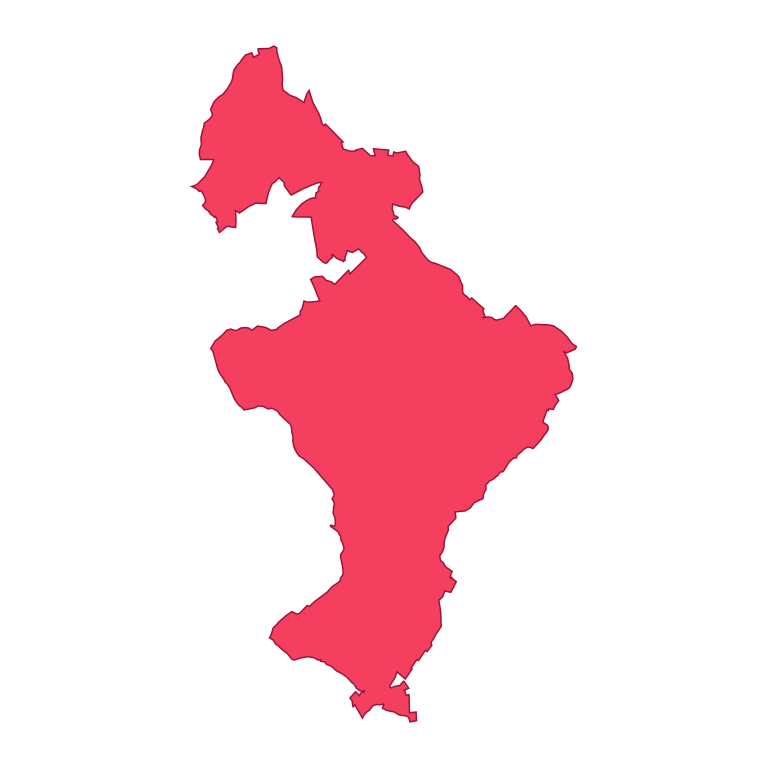 Band, Mures, Romania (orthographic projection)
{"feature_id": "2599482B93792228278876", "entity_name": "Band", "entity_type": "district", "adm_level": 2, "iso_a3": "ROU", "parent_name": "Romania", "parent_adm1": "Mures", "projection": "orthographic", "projection_center": [24.34, 46.58], "detail": "fine", "context": "isolated", "style": "filled", "palette": "rose", "viewbox_px": 768, "rotation_deg": 0, "n_neighbors": 0, "source": "geoboundaries", "source_scale": "gbopen_adm2", "svg_char_len": 6101}
<svg xmlns="http://www.w3.org/2000/svg" viewBox="0 0 768 768"><path d="M416.1,712.0L409.5,712.8L409.0,694.7L405.9,695.1L404.9,691.2L404.2,690.2L408.7,688.3L404.5,681.9L403.8,681.2L403.0,681.7L399.9,685.5L395.4,686.2L391.6,687.9L389.9,686.9L389.8,685.8L394.8,678.0L397.1,671.9L405.3,679.0L412.1,669.0L411.1,668.0L416.7,659.8L418.6,660.5L425.4,650.2L427.0,651.6L431.8,645.4L430.9,642.6L433.6,638.7L435.9,634.3L441.2,626.5L440.6,611.1L438.8,599.9L439.8,599.4L442.6,596.8L444.7,591.0L450.9,592.3L456.3,581.7L453.1,579.1L451.2,578.2L451.9,577.7L451.6,577.3L450.2,577.2L451.0,573.8L452.2,571.5L446.2,567.3L444.8,565.6L443.4,562.7L440.8,560.8L439.6,556.2L442.3,552.0L443.9,548.0L444.2,542.6L445.1,538.0L448.5,529.8L448.0,526.5L455.9,518.0L455.1,511.9L465.2,510.9L470.0,508.1L473.7,503.3L474.9,502.4L480.1,499.8L482.8,498.9L483.9,492.9L485.9,489.7L486.0,486.9L485.6,485.1L489.8,480.7L492.4,479.7L497.7,475.4L500.5,471.9L502.8,471.8L503.8,470.7L508.9,462.3L513.3,458.2L516.4,457.8L516.9,455.8L517.6,454.7L521.6,451.6L523.2,449.7L527.4,447.1L530.3,447.2L532.8,448.6L534.1,447.5L541.0,439.9L544.0,435.4L546.8,432.0L548.0,429.8L548.3,427.1L547.2,425.1L542.8,422.0L547.1,409.7L548.4,410.5L548.8,408.7L553.3,409.5L555.4,405.0L558.8,400.5L555.2,394.7L561.9,392.0L566.4,389.5L566.6,389.8L569.2,388.1L570.9,385.2L572.9,378.9L572.3,373.4L569.2,368.9L568.8,367.1L569.4,366.8L567.7,358.7L564.1,351.8L566.8,352.9L575.4,349.0L576.4,346.6L571.7,343.3L567.2,337.0L561.2,331.0L553.4,325.8L548.4,324.9L535.8,324.3L530.7,325.7L526.2,317.1L520.8,310.6L515.7,305.6L503.5,318.4L496.5,320.1L494.3,319.4L491.8,317.5L487.7,316.9L483.2,317.8L483.0,317.6L485.1,316.6L482.8,310.8L483.9,308.8L471.7,298.0L469.7,299.7L467.0,296.7L463.6,294.1L462.6,291.7L462.5,284.8L461.5,283.6L459.3,277.8L458.1,275.8L450.4,269.4L434.9,263.2L431.2,262.4L427.3,259.4L421.5,252.2L419.5,247.5L414.7,241.5L410.1,237.6L403.4,230.4L392.6,220.5L393.4,219.2L394.2,218.6L395.4,219.2L397.0,218.6L398.1,217.6L396.5,216.3L394.3,215.8L392.2,208.7L392.8,204.0L399.1,206.2L405.1,207.1L409.3,209.0L410.3,206.0L412.1,203.1L422.8,192.0L421.8,186.7L419.8,180.5L419.5,177.3L420.0,175.5L418.8,167.2L418.3,166.1L412.9,161.9L407.5,154.6L405.7,151.2L397.0,153.0L393.7,152.0L392.8,156.4L387.7,155.0L388.8,150.1L373.4,148.8L375.2,155.6L370.7,155.9L362.5,148.4L355.9,150.0L355.8,150.8L351.7,151.3L349.8,151.1L343.6,149.1L343.1,148.7L341.4,142.9L343.1,142.0L325.5,124.1L323.7,125.5L322.0,123.7L321.0,119.4L318.8,113.5L312.7,102.1L309.1,90.4L306.5,94.6L304.0,102.6L296.1,97.6L289.8,95.2L282.9,90.0L282.2,83.6L282.6,78.9L281.8,68.3L281.3,65.6L279.3,60.8L277.3,53.4L276.8,50.3L276.8,47.8L273.8,46.1L269.0,48.5L258.1,48.8L258.0,50.5L259.5,54.1L253.5,57.4L251.9,52.8L245.5,55.0L241.5,59.9L240.4,61.9L238.0,64.2L234.6,68.8L233.5,71.6L232.5,78.3L231.6,81.5L227.5,88.7L223.2,94.0L218.4,97.3L214.2,101.6L210.6,109.3L212.4,114.5L212.2,115.7L209.6,119.1L204.3,123.2L203.6,127.4L202.3,131.4L200.9,137.9L201.4,144.5L199.4,150.4L199.3,154.5L200.5,159.5L213.8,159.6L211.5,165.2L204.7,176.8L196.6,184.8L191.6,186.5L197.8,189.5L197.8,190.2L199.6,191.4L200.6,190.5L201.3,191.0L203.9,195.2L205.0,198.0L205.6,200.6L204.8,202.9L202.6,205.4L205.6,209.1L209.3,211.5L209.0,211.8L211.1,214.8L211.8,214.5L214.3,217.3L215.6,216.5L217.6,221.5L216.0,222.2L218.6,228.1L217.5,228.6L219.5,232.5L226.9,226.3L235.6,227.5L236.0,220.6L235.5,210.7L239.2,212.8L239.1,212.2L239.5,212.0L240.0,212.6L248.5,206.7L255.7,203.1L265.9,203.6L268.6,192.0L270.5,187.3L272.4,183.4L274.7,182.2L278.9,177.7L284.6,182.9L284.3,183.4L284.1,185.3L291.1,195.1L302.7,189.0L309.8,185.9L317.2,182.9L321.5,182.5L320.1,185.9L319.1,186.5L318.3,189.7L318.5,191.5L316.0,192.9L315.4,198.0L313.4,197.8L310.2,198.7L306.4,200.7L301.5,204.1L296.2,210.0L292.2,216.4L292.3,216.8L311.4,217.1L311.3,218.4L315.1,241.9L315.7,243.7L316.9,251.1L317.2,256.8L323.4,262.4L325.9,263.3L327.4,262.5L329.0,260.3L332.6,257.0L331.5,255.7L332.5,254.4L336.1,257.9L340.4,260.1L341.3,260.1L343.5,261.6L343.9,260.3L345.1,260.4L344.9,257.9L347.3,250.7L352.3,252.5L358.6,248.9L362.3,252.6L363.4,253.2L366.5,257.5L350.1,273.8L348.6,270.3L348.2,270.5L334.7,284.4L331.4,281.9L325.9,280.2L322.9,276.7L322.0,276.3L314.3,277.0L310.6,279.4L313.2,284.8L319.8,301.0L307.9,302.3L304.0,301.0L302.2,308.4L300.1,311.7L300.4,314.8L285.4,322.8L278.4,327.5L276.2,329.6L271.3,330.4L265.7,327.5L257.6,326.0L251.6,330.3L249.1,328.2L245.6,327.5L240.5,328.1L236.8,330.5L233.5,330.1L230.8,329.1L227.0,330.0L222.1,335.2L215.0,341.2L210.7,348.6L212.9,351.3L217.8,369.2L219.1,372.3L223.2,378.3L225.2,382.0L226.8,383.5L229.7,387.7L234.5,399.2L238.1,404.3L240.0,406.2L241.0,406.6L244.1,410.0L255.2,407.7L257.7,406.1L259.1,405.9L264.0,406.7L268.0,409.0L271.9,408.2L277.6,411.1L279.9,414.7L290.3,424.3L291.4,427.0L291.8,432.4L293.1,436.8L292.8,440.4L293.5,445.1L294.9,449.4L297.6,453.9L299.3,456.0L304.0,459.0L313.7,467.9L332.5,489.6L334.2,494.2L334.2,495.1L332.1,499.0L333.5,501.1L334.4,504.1L333.7,506.4L333.1,513.1L335.0,518.0L335.4,523.2L335.0,525.1L334.1,526.4L331.1,525.1L330.4,525.6L330.5,526.3L331.2,526.9L337.0,530.9L339.0,532.9L338.9,534.1L340.4,535.8L341.1,540.5L342.4,542.4L344.1,548.2L342.9,551.3L340.8,554.1L340.6,555.1L340.6,557.1L342.9,568.5L343.1,572.0L343.0,574.3L340.6,578.0L339.9,581.2L332.1,586.7L327.1,592.2L315.3,601.0L311.7,604.2L310.0,606.3L307.2,605.5L299.7,613.2L298.6,613.8L296.4,613.9L291.8,611.6L286.1,615.6L277.6,623.1L277.2,624.1L273.2,627.9L271.1,634.9L269.4,637.9L273.0,639.8L275.9,644.4L278.0,645.5L281.7,649.3L287.0,653.3L292.2,659.5L294.5,659.9L301.0,657.9L307.9,656.7L313.6,657.6L318.5,660.2L320.5,659.6L320.6,661.3L324.8,662.0L326.5,664.4L331.4,666.3L336.3,670.7L341.4,673.4L347.0,677.2L351.3,682.0L354.0,684.2L356.4,688.1L358.6,689.9L360.1,690.7L362.8,691.1L364.2,690.7L364.3,691.9L363.9,692.2L361.8,691.6L359.3,695.6L355.7,691.7L349.9,697.9L352.1,700.9L352.8,706.1L353.2,706.8L354.9,704.9L362.5,718.1L364.2,714.8L366.7,712.1L369.4,710.2L372.8,705.8L376.0,704.6L379.8,704.8L383.5,704.1L383.8,704.3L382.4,708.2L386.6,710.4L394.4,712.0L399.0,714.9L406.2,716.0L408.7,717.3L410.0,721.9L416.5,720.7L416.1,712.0Z" fill="#f43f5e" stroke="#9f1239" stroke-width="1.5"/></svg>